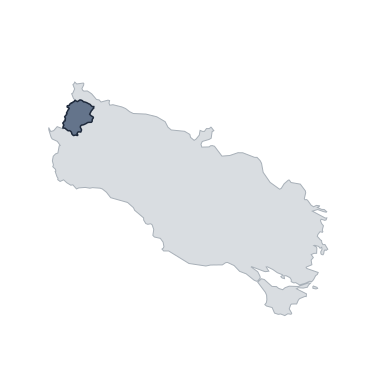 where Van sits in Turkey, rotated 209°
{"feature_id": "TUR-3048", "entity_name": "Van", "entity_type": "Province", "adm_level": 1, "iso_a3": "TUR", "parent_name": "Turkey", "parent_adm1": "", "projection": "mercator", "projection_center": [43.807, 38.569], "detail": "fine", "context": "in_parent", "style": "filled", "palette": "slate", "viewbox_px": 384, "rotation_deg": 209, "n_neighbors": 0, "source": "natural_earth", "source_scale": "10m", "svg_char_len": 5694}
<svg xmlns="http://www.w3.org/2000/svg" viewBox="0 0 384 384"><g transform="rotate(209 192 192)"><path d="M294.5,138.7L299.7,140.5L301.3,139.2L306.0,139.4L310.2,140.4L312.5,137.3L315.4,137.7L316.0,139.2L317.4,139.8L321.7,143.7L321.2,144.2L322.3,145.6L326.0,146.6L326.3,148.5L329.2,151.5L330.7,156.0L329.8,159.2L328.2,161.1L330.5,167.9L329.8,168.8L334.3,171.0L340.0,170.6L341.8,171.6L347.3,176.9L348.6,178.9L344.9,176.4L342.7,178.6L341.6,183.8L335.6,184.7L336.6,188.1L338.2,189.6L337.6,192.8L338.1,194.0L339.7,196.1L339.5,199.0L340.1,201.9L340.1,205.5L342.6,206.6L341.5,208.3L338.7,215.5L338.9,216.1L340.8,216.2L344.9,219.6L344.2,220.7L344.6,225.2L348.2,228.2L347.7,229.7L347.8,231.3L345.2,230.6L339.9,234.6L339.3,234.5L338.6,233.1L338.4,229.1L337.1,228.0L335.5,227.8L332.6,229.6L330.0,229.5L327.3,229.2L320.4,226.6L317.9,227.5L315.2,226.6L310.0,231.6L308.4,232.0L307.7,229.5L305.9,228.1L303.5,230.0L294.6,232.4L290.5,232.8L285.5,232.0L281.4,232.2L270.1,237.8L259.3,240.7L249.6,240.5L244.4,237.0L240.2,236.2L227.9,241.5L221.8,241.3L219.8,239.1L215.2,238.2L214.1,240.3L213.2,245.3L214.8,249.8L212.2,250.1L210.5,251.1L210.1,254.5L207.7,255.8L206.9,257.9L206.5,257.9L202.6,256.2L203.7,254.6L201.3,248.3L202.5,246.3L207.5,241.2L207.3,238.1L205.2,236.0L198.8,239.8L198.3,241.3L196.8,242.4L194.5,242.9L183.2,237.9L176.6,242.3L170.9,248.6L166.7,250.9L154.2,252.6L151.9,253.8L147.7,252.5L145.1,250.8L139.3,243.7L128.4,238.3L116.8,236.9L115.7,238.3L115.4,243.9L113.5,249.1L112.6,249.6L110.0,248.3L101.1,251.4L93.5,248.0L92.2,246.5L90.5,240.5L89.4,240.0L88.2,240.9L86.9,240.8L81.4,238.2L78.5,238.0L76.7,240.6L73.8,241.7L73.7,240.9L74.9,239.3L70.3,239.6L67.9,240.8L64.6,240.1L64.8,239.4L67.5,238.6L73.6,237.6L77.5,233.6L62.9,233.8L61.5,234.7L61.2,232.6L62.1,231.6L65.9,230.8L65.7,229.1L63.3,227.2L60.7,226.2L59.6,221.8L58.3,220.7L58.4,220.0L60.8,219.3L61.3,216.0L61.0,214.0L56.2,212.3L55.2,212.4L54.0,210.7L52.0,209.4L50.3,210.5L45.5,207.8L46.4,205.9L47.6,205.9L47.8,204.4L46.9,201.9L47.0,200.6L48.0,200.2L49.2,200.4L50.4,202.0L50.5,204.9L51.8,206.6L52.7,204.9L54.9,205.8L58.8,204.9L59.5,204.2L56.7,204.2L55.6,203.5L53.3,198.8L55.7,197.4L57.4,195.0L54.1,193.5L54.8,190.2L51.9,186.5L55.7,181.7L55.5,181.1L54.3,180.8L42.6,182.8L42.4,180.6L43.3,178.8L43.2,174.2L43.8,171.7L45.9,170.9L48.6,167.2L52.9,162.9L57.3,163.0L59.1,161.8L61.8,161.7L62.6,163.4L64.9,164.6L69.1,164.4L71.0,163.3L69.1,161.1L71.5,160.5L73.3,161.0L72.3,163.3L72.9,163.5L78.2,162.8L83.8,163.4L90.0,163.1L90.8,162.4L86.4,160.0L89.2,157.9L90.8,157.5L103.7,155.6L103.8,155.1L95.8,154.1L91.7,151.3L90.6,149.8L91.4,146.1L92.3,145.2L95.1,145.0L104.9,146.7L111.9,145.7L119.5,148.1L126.8,147.6L128.3,146.5L130.1,143.0L140.4,137.1L144.0,134.0L160.0,128.0L183.9,129.1L188.1,126.7L190.6,127.5L189.9,129.1L190.0,130.5L192.9,134.1L197.2,136.1L203.1,134.4L205.2,135.1L207.3,140.7L211.0,144.0L212.7,144.2L215.0,142.3L217.1,142.0L220.6,144.0L221.8,145.9L233.3,148.2L235.6,149.9L243.3,151.6L260.4,147.6L266.7,150.3L271.9,151.2L274.2,150.8L281.1,147.6L283.2,145.8L287.5,144.3L293.0,140.7L294.5,138.7ZM73.7,128.8L73.3,131.3L74.3,134.1L76.7,137.9L79.2,139.8L90.8,145.0L89.2,149.8L86.3,150.5L76.3,148.2L72.3,150.2L69.4,149.7L65.3,150.5L64.2,153.4L61.4,156.7L53.4,160.8L46.2,168.8L44.1,169.9L45.0,167.1L44.9,164.7L48.1,161.9L52.6,159.8L53.7,158.0L42.5,158.4L41.4,155.9L42.6,155.4L46.2,150.9L46.6,149.2L46.2,144.8L50.6,142.3L51.0,141.2L50.3,136.9L46.0,134.3L46.1,133.1L49.2,131.9L50.9,128.9L55.3,128.3L57.3,126.8L61.1,126.1L65.9,129.8L71.5,128.4L73.7,128.8ZM40.3,168.6L36.5,169.2L35.4,168.6L36.6,167.3L39.5,166.4L40.4,167.7L40.3,168.6Z" fill="#d9dde1" stroke="#a8b0b8" stroke-width="1"/><path d="M336.0,185.5L336.2,186.2L336.4,186.6L336.4,186.8L336.4,187.1L336.4,187.3L336.6,187.7L336.6,187.9L336.5,188.3L337.0,188.8L337.7,189.2L338.3,189.6L338.4,190.1L338.1,190.8L338.0,191.1L338.2,191.9L338.0,192.2L337.8,192.4L337.5,192.8L337.7,193.1L337.7,193.4L337.8,193.6L338.0,193.7L338.1,193.8L338.1,194.0L338.2,194.3L338.2,194.5L338.4,195.0L338.6,195.3L338.9,195.5L339.8,196.0L339.8,196.6L339.4,198.1L339.3,198.5L339.4,198.8L339.4,199.0L339.5,199.4L339.4,199.6L339.3,199.8L339.5,199.9L339.8,200.0L340.0,200.2L340.1,200.6L340.1,201.0L340.0,201.9L340.2,202.9L340.2,203.3L340.0,204.1L340.0,204.4L340.0,204.9L340.0,205.1L339.9,205.4L340.0,205.6L340.4,205.8L341.2,206.0L341.7,205.7L341.9,205.6L342.2,205.7L342.4,205.9L342.6,206.2L342.8,206.5L342.8,206.9L342.4,207.4L341.8,207.9L341.3,208.4L341.4,209.4L341.4,209.8L341.3,210.2L341.2,210.5L340.7,210.8L340.6,211.1L340.7,211.5L340.3,211.8L340.1,211.9L339.9,212.2L339.8,212.6L339.7,212.9L339.3,213.4L339.1,213.7L339.0,214.0L338.9,214.2L338.9,214.5L338.9,214.8L338.9,215.0L338.8,215.3L338.6,215.5L337.2,215.4L336.0,215.6L335.3,216.8L334.9,217.9L334.0,218.5L332.9,218.7L331.9,218.7L331.2,218.4L330.5,218.3L330.1,218.5L329.6,218.7L327.4,219.1L325.2,219.1L324.4,219.2L323.6,219.2L323.2,219.1L322.0,218.6L320.6,218.4L319.3,219.1L318.6,217.6L318.8,217.0L319.0,216.5L319.1,215.3L319.3,214.5L319.4,213.6L319.3,212.7L319.3,211.9L319.2,210.4L318.0,210.0L316.7,209.7L315.4,209.8L314.5,209.5L314.2,208.5L314.4,207.7L314.4,207.2L314.3,206.9L313.7,205.6L313.6,205.1L313.8,204.3L314.1,204.0L315.8,203.0L316.9,202.2L317.2,201.7L317.5,201.0L319.0,198.8L319.9,197.8L321.1,196.9L321.5,195.4L320.9,194.3L319.0,193.1L318.5,192.1L318.4,190.5L320.3,189.7L320.7,189.3L320.8,188.5L320.9,187.8L320.8,187.1L320.1,186.9L319.5,186.5L319.6,185.9L320.0,185.7L321.0,185.5L321.6,185.3L322.2,184.6L322.9,184.0L324.1,184.1L325.3,184.6L326.2,185.6L327.0,186.1L328.4,186.3L328.9,186.3L329.4,185.9L329.8,185.6L330.4,185.5L331.1,185.6L331.9,185.8L332.8,185.9L333.1,186.0L333.7,186.2L336.0,185.5L336.0,185.5Z" fill="#64748b" stroke="#1e293b" stroke-width="1.5"/></g></svg>